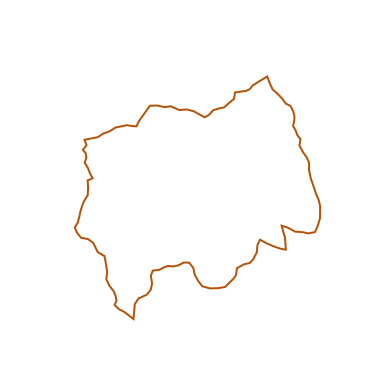 Gastão Vidigal, São Paulo, Brazil (Albers equal-area conic projection), rotated 142°
{"feature_id": "56859067B980429746583", "entity_name": "Gastão Vidigal", "entity_type": "district", "adm_level": 2, "iso_a3": "BRA", "parent_name": "Brazil", "parent_adm1": "São Paulo", "projection": "albers", "projection_center": [-50.2, -20.806], "detail": "fine", "context": "isolated", "style": "outline", "palette": "amber", "viewbox_px": 384, "rotation_deg": 142, "n_neighbors": 0, "source": "geoboundaries", "source_scale": "gbopen_adm2", "svg_char_len": 1753}
<svg xmlns="http://www.w3.org/2000/svg" viewBox="0 0 384 384"><g transform="rotate(142 192 192)"><path d="M119.8,84.7L114.0,87.8L107.3,92.5L99.7,102.0L97.0,107.9L95.4,114.2L92.6,122.0L90.1,129.4L86.5,136.9L81.7,143.0L80.3,148.6L80.1,154.5L78.7,162.5L74.0,166.8L74.0,172.0L72.4,176.9L71.7,181.8L67.6,185.2L64.8,188.4L62.6,193.0L61.4,199.2L63.7,204.0L63.5,210.1L64.1,216.9L65.3,223.3L63.7,230.1L61.6,236.7L70.8,237.8L78.8,238.6L82.9,237.5L87.4,238.4L92.4,241.5L96.8,243.9L101.6,239.5L107.0,239.4L114.5,238.9L120.7,241.8L125.1,243.4L131.2,242.3L136.0,243.0L141.0,254.7L145.5,260.4L151.5,264.4L156.0,272.7L161.3,275.7L165.9,281.3L172.0,285.9L178.4,284.0L190.3,280.5L195.3,277.9L198.6,280.8L202.1,284.7L212.4,289.8L219.7,290.6L225.6,292.6L232.4,293.2L244.5,299.3L246.4,293.7L252.0,292.5L251.9,287.8L254.3,283.9L258.4,281.3L259.3,274.9L260.9,269.3L261.9,264.0L267.1,265.4L270.8,259.9L276.0,253.8L282.6,251.3L286.5,249.1L291.5,245.7L296.1,241.8L300.7,238.3L306.2,236.2L307.8,230.1L307.5,224.0L303.0,219.1L301.1,212.5L302.3,207.4L303.3,202.6L300.4,195.4L303.9,188.6L308.2,181.0L313.2,176.1L314.8,168.8L314.8,162.0L316.2,157.1L318.5,152.8L322.6,150.6L321.7,144.5L319.1,138.9L318.0,134.5L316.3,127.9L306.1,138.9L299.7,141.0L290.8,138.9L284.4,140.5L279.6,144.7L276.1,151.3L271.3,154.2L265.6,150.8L260.1,149.8L256.2,148.3L252.5,144.8L248.2,142.7L242.0,141.5L237.7,138.1L237.7,131.4L240.7,125.4L241.9,118.1L241.9,111.3L237.1,104.9L230.9,100.3L224.4,96.8L212.9,98.1L208.8,99.3L203.3,104.3L195.3,102.9L190.2,100.5L185.2,101.3L178.1,104.6L173.0,110.0L167.7,112.5L165.0,106.1L161.2,99.0L157.2,92.9L153.6,88.8L151.0,92.5L146.6,99.3L144.6,104.4L142.1,110.2L138.7,105.4L135.1,97.3L129.3,92.0L125.9,87.8L119.8,84.7Z" fill="none" stroke="#b45309" stroke-width="2"/></g></svg>